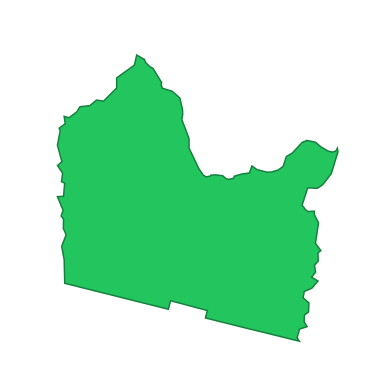 Erie, New York, United States of America, rotated 104°
{"feature_id": "52423323B92741938255653", "entity_name": "Erie", "entity_type": "district", "adm_level": 2, "iso_a3": "USA", "parent_name": "United States of America", "parent_adm1": "New York", "projection": "robinson", "projection_center": [-78.83, 42.768], "detail": "fine", "context": "isolated", "style": "filled", "palette": "green", "viewbox_px": 384, "rotation_deg": 104, "n_neighbors": 0, "source": "geoboundaries", "source_scale": "gbopen_adm2", "svg_char_len": 1499}
<svg xmlns="http://www.w3.org/2000/svg" viewBox="0 0 384 384"><g transform="rotate(104 192 192)"><path d="M311.0,148.5L311.0,110.4L310.8,51.7L308.0,54.8L299.0,54.5L294.8,47.7L290.9,51.7L284.1,53.1L280.3,49.9L271.3,51.7L267.8,58.6L261.4,59.0L256.2,52.3L247.9,48.2L245.7,55.3L239.9,52.7L233.5,55.4L228.5,52.8L220.7,55.1L217.7,52.8L211.9,59.8L191.3,61.8L184.1,68.0L181.0,68.6L182.9,74.8L181.8,77.4L178.1,82.0L161.4,80.8L160.1,80.9L158.0,71.2L154.6,68.0L152.6,66.6L140.6,61.3L117.8,60.1L114.3,61.5L117.5,62.4L119.3,65.5L119.4,70.0L117.0,77.9L113.8,84.3L114.1,92.8L117.1,97.0L130.0,104.2L134.7,109.0L145.2,109.8L149.9,113.8L152.2,117.8L153.4,119.7L154.6,124.1L154.6,134.3L152.2,140.2L159.6,140.9L162.8,148.6L166.4,154.7L168.8,155.1L171.0,159.9L170.6,162.7L168.8,166.3L169.5,172.3L170.4,175.7L171.0,177.7L172.0,177.9L173.8,181.6L173.1,185.0L167.7,191.0L150.1,205.5L140.9,207.8L131.8,214.1L124.2,219.4L118.9,219.8L114.4,221.1L103.8,226.5L99.0,235.6L98.5,245.9L95.1,248.0L93.1,248.0L81.5,259.7L80.7,262.9L77.8,268.0L76.2,269.5L75.0,270.0L72.5,278.8L82.8,278.6L99.5,292.7L109.3,290.3L125.2,299.8L125.9,306.9L132.9,312.0L136.3,321.3L142.0,323.1L149.7,329.3L149.5,334.4L156.4,331.5L162.2,336.3L164.5,334.7L179.1,333.9L194.0,325.6L198.9,328.9L205.0,322.1L213.6,321.1L214.2,317.7L227.3,315.6L229.0,321.5L241.0,312.6L246.9,313.2L249.4,310.1L258.6,308.0L263.9,303.8L276.2,305.3L288.8,299.6L311.4,293.4L311.5,186.6L302.7,186.5L303.3,148.4L311.0,148.5Z" fill="#22c55e" stroke="#15803d" stroke-width="1.5"/></g></svg>